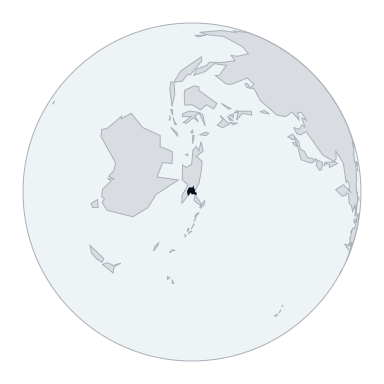 Morobe highlighted on a globe, orthographic projection, rotated 82°
{"feature_id": "PNG-1253", "entity_name": "Morobe", "entity_type": "Province", "adm_level": 1, "iso_a3": "PNG", "parent_name": "Papua New Guinea", "parent_adm1": "", "projection": "orthographic", "projection_center": [147.281, -6.648], "detail": "fine", "context": "on_globe", "style": "filled", "palette": "ink", "viewbox_px": 384, "rotation_deg": 82, "n_neighbors": 0, "source": "natural_earth", "source_scale": "10m", "svg_char_len": 7213}
<svg xmlns="http://www.w3.org/2000/svg" viewBox="0 0 384 384"><g transform="rotate(82 192 192)"><circle cx="192" cy="192" r="169" fill="#eef3f6" stroke="#a8b0b8"/><path d="M279.8,222.6L279.8,223.9L279.5,224.0L279.8,222.6ZM281.8,48.9L279.5,47.5L266.9,41.5L267.8,43.1L263.7,40.4L268.7,46.5L265.0,47.9L266.2,44.3L264.0,42.6L260.0,42.2L256.9,40.4L253.2,39.4L249.9,37.5L250.8,36.1L248.7,35.0L246.0,34.9L240.9,33.3L245.2,33.6L236.8,31.0L236.8,29.5L247.6,32.4L259.4,37.0L270.8,42.5L281.8,48.9ZM326.1,127.5L324.7,123.8L326.9,126.2L326.1,127.5ZM322.9,121.6L323.6,122.9L322.8,121.8L322.9,121.6ZM321.8,120.9L322.6,121.4L321.7,121.2L321.8,120.9ZM320.3,120.4L321.0,120.5L320.3,120.4ZM317.6,118.6L316.9,118.0L317.5,117.7L317.6,118.6ZM294.2,57.5L293.1,56.7L290.0,54.4L289.8,54.2L294.2,57.5ZM269.1,45.0L270.9,45.2L270.2,45.6L269.1,45.0ZM253.3,39.6L253.8,40.2L251.6,39.5L253.3,39.6ZM244.5,36.0L241.0,34.9L244.8,35.8L244.5,36.0ZM239.0,34.1L230.3,32.0L230.6,33.0L224.8,29.5L234.1,32.1L238.8,32.9L237.3,33.2L239.0,34.1ZM222.9,28.1L221.0,27.6L223.2,27.9L222.9,28.1ZM126.7,36.2L131.1,34.4L133.3,33.6L143.7,30.1L148.1,28.8L148.6,28.7L167.5,25.0L169.4,25.3L163.7,26.3L175.4,25.8L176.7,27.3L178.3,26.6L185.1,26.7L184.8,26.2L186.1,25.9L203.2,27.2L206.0,28.2L215.3,29.1L216.2,28.9L214.6,28.1L224.8,29.5L230.6,33.0L228.4,33.1L233.6,35.7L227.7,36.0L225.2,37.8L215.7,37.4L214.6,39.3L216.8,40.2L216.9,43.9L209.6,49.4L205.9,41.0L215.0,34.5L210.5,36.5L208.6,35.1L205.3,35.4L202.3,37.2L203.7,38.0L184.3,38.1L171.5,43.9L179.3,44.6L181.4,47.4L173.6,57.3L148.1,70.5L150.6,76.6L148.8,80.3L142.5,82.1L144.9,76.6L141.0,74.2L143.3,71.1L133.9,73.0L136.8,68.7L128.1,72.7L128.3,76.3L135.5,75.9L126.7,81.8L130.4,88.8L127.7,97.1L110.9,111.6L98.4,116.1L97.0,119.0L93.7,115.7L86.8,121.5L90.9,138.0L89.9,143.0L79.9,152.6L80.2,148.8L71.4,140.2L68.0,152.2L74.5,161.9L76.7,173.9L70.8,170.3L68.8,159.9L65.8,156.5L67.9,146.0L68.0,131.1L62.2,134.3L63.9,128.4L63.0,116.9L55.4,121.5L42.5,138.7L38.5,154.4L35.0,162.0L36.1,140.5L40.3,126.1L38.3,128.0L41.3,117.2L40.0,118.3L45.7,107.5L52.2,97.1L59.4,87.3L67.3,78.0L75.9,69.3L85.0,61.2L94.7,53.8L105.0,47.2L115.7,41.3L126.7,36.2ZM82.6,315.3L85.5,317.2L85.1,317.6L82.6,315.3ZM113.0,202.9L117.7,203.8L117.6,204.6L113.0,202.9ZM107.9,200.0L113.2,200.4L107.2,201.7L107.9,200.0ZM115.3,200.5L120.6,199.2L123.0,198.0L122.7,199.6L115.3,200.5ZM104.5,199.9L86.6,199.6L79.9,197.6L81.2,194.6L92.1,195.3L104.5,199.9ZM80.7,194.5L70.8,186.6L59.5,164.0L63.5,164.1L75.8,177.5L75.0,180.0L80.9,186.3L80.7,194.5ZM105.7,179.5L104.9,187.0L94.8,186.2L90.3,185.0L87.2,175.4L88.9,170.6L92.5,170.8L107.8,155.0L112.8,159.0L107.7,165.6L111.9,172.1L105.7,179.5ZM38.6,155.9L39.1,165.0L37.4,166.9L38.6,155.9ZM115.1,144.2L108.2,150.8L114.8,141.9L115.1,144.2ZM119.7,135.9L119.6,139.3L117.5,136.0L119.7,135.9ZM95.8,123.4L92.0,124.2L92.4,121.9L97.6,119.6L95.8,123.4ZM125.5,104.4L123.5,110.8L122.0,113.0L121.3,109.0L125.5,104.4ZM165.8,25.1L169.8,24.5L169.0,24.7L165.8,25.1ZM170.5,24.4L170.0,24.5L166.9,24.9L167.5,24.8L170.5,24.4ZM245.6,288.6L249.1,290.8L245.0,295.6L238.6,300.0L230.8,300.4L245.6,288.6ZM189.4,293.5L186.3,286.6L194.2,287.0L193.4,292.7L189.4,293.5ZM250.3,285.3L253.8,280.1L252.5,272.4L255.3,279.7L261.3,281.4L251.2,290.7L250.3,285.3ZM152.4,263.6L124.4,274.4L117.4,272.6L117.3,267.3L107.3,251.3L109.4,251.7L105.7,241.1L121.2,232.0L131.7,215.6L142.5,217.3L149.3,205.8L161.0,207.7L158.7,216.9L172.2,224.6L178.2,203.9L189.5,228.0L201.4,237.9L208.3,253.9L198.4,278.5L189.8,282.5L186.8,279.7L183.6,282.0L176.6,280.1L170.0,270.8L167.0,273.2L168.7,267.0L164.9,272.3L160.0,266.4L152.4,263.6ZM237.7,232.1L240.2,233.2L245.1,238.3L241.0,236.7L237.7,232.1ZM273.6,226.0L275.3,228.4L272.5,228.2L273.6,226.0ZM279.5,224.0L276.1,224.0L279.8,222.6L279.5,224.0ZM247.4,220.3L248.9,222.0L248.0,222.4L247.4,220.3ZM246.3,219.6L247.4,217.5L247.6,219.8L246.3,219.6ZM233.3,204.9L234.5,203.9L235.3,205.0L233.3,204.9ZM124.8,204.2L131.2,198.6L135.0,198.3L124.8,204.2ZM231.1,202.0L227.7,201.3L227.9,200.1L231.1,202.0ZM231.0,199.2L230.5,197.4L233.0,201.8L231.0,199.2ZM224.2,194.3L228.6,198.0L223.8,194.6L224.2,194.3ZM221.8,194.4L218.9,192.6L219.0,192.1L221.8,194.4ZM191.1,192.2L201.9,203.6L193.8,202.3L184.6,194.9L178.5,200.0L163.9,197.5L166.9,194.2L164.7,188.6L150.4,185.1L147.5,181.4L152.3,179.5L143.3,176.0L153.1,175.3L157.4,182.7L163.1,177.7L173.5,180.2L184.1,183.8L193.1,190.3L191.1,192.2ZM153.7,191.0L155.5,191.2L154.1,193.2L153.7,191.0ZM213.2,187.7L217.5,191.9L217.1,192.7L215.0,191.9L213.2,187.7ZM195.0,189.3L204.5,184.7L206.9,185.2L200.7,191.1L195.0,189.3ZM202.0,180.5L206.6,182.0L209.2,185.8L208.3,186.5L202.0,180.5ZM133.5,182.8L133.2,184.8L130.7,183.1L133.5,182.8ZM136.7,181.9L144.3,184.6L136.0,183.5L136.7,181.9ZM115.0,173.9L117.0,178.6L123.4,175.9L118.6,180.0L123.2,187.9L121.9,190.8L117.2,182.2L116.0,190.8L113.3,190.5L111.4,183.0L114.1,174.2L116.9,170.6L128.6,169.7L115.0,173.9ZM136.5,176.2L134.6,170.6L136.1,167.2L138.1,170.1L136.5,176.2ZM129.3,157.6L124.8,151.4L120.2,153.5L130.0,145.7L132.6,152.8L129.3,157.6ZM126.2,144.4L121.9,146.2L126.7,141.7L126.2,144.4ZM121.0,144.2L121.1,140.1L124.3,140.8L121.0,144.2ZM128.4,144.7L130.1,137.9L131.2,142.0L128.4,144.7ZM121.1,131.2L127.0,138.0L118.4,134.8L120.3,122.1L124.2,122.0L121.1,131.2ZM157.0,85.4L157.3,82.3L161.4,82.0L160.0,84.2L157.0,85.4ZM175.1,79.5L162.6,81.0L152.6,82.8L154.7,84.4L150.7,89.4L148.7,84.3L157.2,79.3L164.3,78.9L167.4,75.0L173.9,73.0L175.5,68.1L178.9,66.5L179.7,70.9L175.1,79.5ZM175.9,66.1L181.0,58.6L187.9,60.6L188.3,62.7L183.0,65.2L179.7,63.9L175.9,66.1ZM184.3,57.5L181.2,56.3L182.2,45.8L184.1,44.2L186.9,52.6L184.1,52.0L182.7,54.5L184.3,57.5ZM220.6,27.8L221.0,27.6L222.0,28.1L220.6,27.8ZM185.8,25.6L187.7,25.4L188.9,25.7L185.8,25.6ZM193.8,25.0L191.1,24.8L194.6,24.8L193.8,25.0ZM185.0,24.5L190.4,24.6L184.3,24.8L185.0,24.5Z" fill="#d9dde1" stroke="#a8b0b8" stroke-width="1"/><path d="M190.6,189.5L190.8,189.6L191.0,189.6L191.0,189.8L191.3,189.9L191.5,189.9L191.5,190.0L191.8,190.0L192.0,189.9L192.4,190.0L192.5,190.0L192.8,190.2L193.0,190.4L193.1,190.5L193.2,190.8L193.3,190.9L193.5,191.0L193.6,191.3L193.7,191.5L193.7,191.8L193.7,192.1L193.4,192.2L192.9,192.2L192.9,192.3L192.7,192.3L192.4,192.3L192.2,192.3L191.7,192.3L191.7,192.2L191.4,192.2L191.3,192.3L191.2,192.3L191.0,192.5L191.0,192.8L191.1,193.0L191.3,193.1L191.4,193.3L191.4,193.5L191.5,193.6L191.6,193.9L191.6,194.0L191.7,194.3L191.8,194.3L191.7,194.3L191.8,194.4L191.8,194.5L191.9,194.4L192.0,194.4L192.0,194.5L192.3,194.6L192.5,194.8L192.7,195.0L192.8,195.1L192.9,195.3L193.0,195.3L193.2,195.5L193.3,195.8L193.5,195.8L193.9,195.9L194.0,195.9L194.0,196.0L191.2,196.0L190.9,196.0L190.8,195.9L190.7,195.9L190.4,195.9L190.4,195.7L190.1,195.3L189.5,194.9L188.6,194.7L188.4,194.5L188.4,194.3L187.8,193.7L187.9,193.4L188.0,193.3L188.1,193.0L188.1,192.9L188.3,192.7L188.3,192.4L188.2,192.3L188.2,192.2L188.3,192.2L188.6,190.8L188.6,190.7L188.2,190.4L187.9,190.2L189.7,190.1L190.6,189.6L190.6,189.5ZM194.3,188.9L194.3,189.0L194.3,189.3L194.2,189.5L194.0,189.4L193.9,189.4L193.7,189.3L193.7,189.2L193.4,188.9L193.4,188.7L193.5,188.6L193.8,188.7L194.0,188.8L194.3,188.9ZM194.4,188.3L194.5,188.3L194.5,188.5L194.4,188.5L194.3,188.4L194.4,188.3ZM193.0,188.0L192.9,188.2L193.0,188.0Z" fill="#0f172a" stroke="#020617" stroke-width="1.5"/></g></svg>